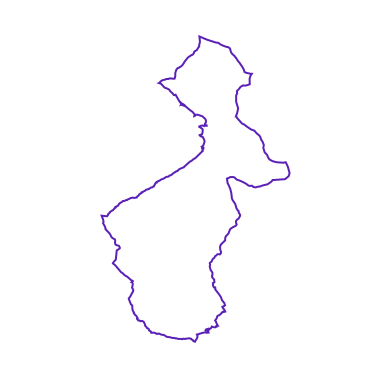 the district of Moisei, Maramures, Romania, rotated 241°
{"feature_id": "2599482B59377530755916", "entity_name": "Moisei", "entity_type": "district", "adm_level": 2, "iso_a3": "ROU", "parent_name": "Romania", "parent_adm1": "Maramures", "projection": "mercator", "projection_center": [24.564, 47.623], "detail": "fine", "context": "isolated", "style": "outline", "palette": "violet", "viewbox_px": 384, "rotation_deg": 241, "n_neighbors": 0, "source": "geoboundaries", "source_scale": "gbopen_adm2", "svg_char_len": 6002}
<svg xmlns="http://www.w3.org/2000/svg" viewBox="0 0 384 384"><g transform="rotate(241 192 192)"><path d="M266.4,301.6L267.2,300.3L269.9,297.3L271.5,296.1L273.5,296.6L276.3,296.7L282.1,296.2L284.3,295.7L288.4,295.5L289.4,295.1L290.2,295.2L293.2,294.1L295.6,293.9L299.0,294.8L300.2,294.4L301.6,293.5L301.9,292.8L304.2,290.7L307.4,288.3L309.7,287.4L311.0,285.5L317.8,279.1L324.4,273.9L319.4,271.7L316.8,269.3L315.7,268.8L315.5,267.9L313.8,265.1L313.7,262.5L313.5,261.8L312.5,260.9L311.8,259.2L312.0,257.8L311.7,254.3L311.4,253.1L309.8,249.2L307.7,245.4L307.1,242.9L307.3,242.0L307.0,240.9L307.3,239.3L306.6,238.0L306.6,237.6L304.1,235.0L301.5,233.6L299.6,231.8L299.9,231.0L302.2,227.6L302.3,226.1L303.4,224.0L303.3,223.0L303.9,221.3L304.1,219.9L303.9,217.9L303.3,216.6L303.3,215.9L301.7,217.4L296.7,218.6L293.9,220.9L292.5,221.7L290.6,221.8L287.9,222.8L285.6,223.1L285.0,224.2L285.0,224.8L277.0,224.9L275.6,225.4L274.9,225.1L274.6,225.3L275.2,225.7L274.5,225.9L273.7,224.8L273.6,226.1L273.4,226.7L273.0,226.8L272.9,226.0L272.5,226.5L272.4,227.2L271.3,227.7L271.0,227.7L271.2,226.9L270.0,227.9L264.9,229.8L261.8,231.3L258.6,232.0L257.3,230.8L257.2,231.7L257.7,232.5L257.1,234.0L256.3,235.0L253.1,237.8L249.5,239.0L248.6,239.0L246.8,238.4L245.9,237.6L245.4,236.4L244.7,235.9L243.8,236.1L243.2,237.1L242.8,236.9L243.7,235.6L243.7,234.7L245.0,233.6L245.7,231.5L245.8,230.2L245.6,229.9L242.4,231.6L241.5,231.7L238.8,230.0L237.6,228.7L237.5,228.1L238.0,227.1L238.1,226.2L237.9,226.1L236.1,226.9L234.8,228.1L232.1,228.0L230.3,227.6L229.7,227.2L227.0,224.2L227.1,223.6L226.7,222.8L226.8,222.4L226.5,222.4L226.3,222.9L225.8,222.4L225.6,223.0L225.0,223.4L224.3,222.9L224.3,222.2L223.5,221.7L223.8,221.6L223.7,221.3L222.6,220.7L220.0,211.3L220.0,209.2L219.5,206.7L219.6,205.0L217.9,197.5L217.5,196.7L217.7,196.3L218.1,192.5L218.0,191.1L217.4,189.6L217.8,188.3L217.5,187.6L217.6,185.7L216.9,181.8L217.3,180.2L216.9,179.3L217.1,178.1L217.5,177.5L217.7,176.1L217.5,174.9L217.5,173.3L217.9,171.2L217.6,169.1L218.0,168.0L217.8,167.5L217.9,166.2L217.3,165.7L217.7,165.0L217.4,164.7L217.2,163.9L216.3,162.9L215.9,161.7L215.3,161.2L215.5,160.5L215.4,159.4L215.8,158.3L215.5,156.0L215.9,155.4L215.7,154.7L216.3,152.8L215.9,152.0L216.0,149.3L215.7,148.5L216.1,148.1L216.2,147.7L215.6,147.0L215.7,145.8L215.4,145.4L215.5,144.7L214.7,143.4L214.8,142.7L214.4,141.2L214.0,141.0L214.8,138.6L215.9,137.4L216.0,136.6L216.2,136.3L216.5,135.0L216.4,133.5L216.7,132.1L216.4,131.2L216.9,130.4L216.9,129.2L217.3,127.6L217.6,127.2L217.2,125.5L217.3,124.4L217.1,123.8L217.2,122.9L215.9,120.7L216.0,119.4L215.7,118.3L216.1,117.8L215.7,117.0L215.3,117.0L214.7,114.6L214.4,114.2L214.5,112.3L214.1,110.1L213.5,109.5L213.5,108.6L213.3,108.0L212.3,106.9L212.0,105.8L215.1,101.5L210.4,100.8L208.6,100.0L207.8,99.1L204.0,99.1L202.3,98.8L201.6,98.3L196.0,99.7L194.5,99.9L191.6,99.7L189.9,100.3L188.0,101.6L186.8,101.3L185.2,100.2L183.3,99.6L182.4,100.0L180.3,102.0L178.3,101.9L177.8,101.6L177.5,100.3L177.5,98.3L177.3,97.8L169.8,92.6L168.6,89.1L167.9,88.2L165.3,89.3L156.2,91.1L154.6,92.0L151.9,92.7L149.3,94.3L144.8,95.9L142.8,97.0L142.4,95.5L142.1,95.8L140.7,95.8L139.7,95.2L137.3,93.2L134.9,93.2L133.5,92.2L133.0,91.1L130.5,87.3L129.6,85.1L129.2,84.9L123.3,84.1L122.6,84.5L121.4,84.6L118.7,83.2L117.0,82.7L114.6,82.8L114.1,82.7L114.1,82.4L111.7,82.7L110.9,83.2L107.9,83.3L107.8,83.1L108.1,82.7L107.8,82.4L105.6,82.8L105.1,83.8L104.0,84.2L103.7,85.3L103.3,85.9L102.0,86.8L99.1,86.7L97.8,86.2L96.0,86.7L94.8,86.7L93.4,87.7L91.5,87.4L90.0,88.4L88.6,88.1L88.2,89.1L87.1,91.0L84.7,92.6L84.8,93.3L84.5,93.6L84.1,94.6L82.0,96.1L80.6,98.1L77.6,99.7L75.5,102.5L73.6,104.4L73.3,105.2L72.1,106.6L71.7,106.9L71.6,107.4L69.8,109.2L68.8,111.3L68.0,112.0L67.9,113.3L66.8,114.6L66.8,115.2L65.3,118.9L64.2,119.7L64.0,120.1L63.4,120.1L61.9,121.0L60.9,120.9L59.6,122.1L60.4,122.9L60.9,124.4L62.4,126.4L63.7,127.1L65.0,127.2L64.9,127.7L64.5,128.1L64.3,130.5L64.0,131.0L63.9,132.5L63.3,133.9L63.0,135.4L61.8,136.5L61.0,138.3L62.5,138.8L64.5,136.9L64.9,137.4L64.5,138.4L64.8,138.5L64.5,140.1L63.4,140.1L63.8,141.0L63.6,141.8L63.6,142.3L64.7,144.1L63.7,144.8L62.4,146.7L62.3,148.0L62.9,148.0L63.0,148.8L62.5,149.8L64.2,149.7L67.2,150.1L68.4,149.9L68.9,150.9L69.3,152.0L71.0,153.8L71.3,155.0L71.0,156.2L71.4,158.2L71.8,158.8L71.7,159.2L72.2,160.1L72.3,161.0L72.2,161.5L71.7,161.5L71.3,163.1L73.6,163.2L75.8,162.7L76.9,162.9L76.7,164.4L76.8,165.9L79.2,166.4L82.9,165.8L85.8,166.3L89.2,166.1L95.5,165.1L96.5,165.8L97.3,166.0L98.0,164.9L100.2,165.1L102.2,166.1L102.0,166.8L102.4,168.1L103.3,168.2L104.5,168.9L107.5,168.3L109.2,169.0L109.5,169.7L111.7,170.8L114.9,170.5L118.3,171.4L119.4,172.5L121.1,173.0L121.5,173.7L121.6,175.3L123.3,177.6L123.5,178.5L123.4,179.2L124.7,181.2L124.7,182.4L125.2,183.8L124.8,185.1L123.9,186.1L124.5,187.7L125.4,188.3L127.4,188.6L129.8,189.6L130.8,190.2L132.1,191.9L133.6,197.5L136.0,199.0L136.9,200.3L138.0,203.7L140.9,207.2L141.2,208.3L141.4,210.8L141.2,213.8L141.9,215.3L144.1,215.7L145.2,216.4L146.0,218.0L146.2,220.0L147.9,222.6L149.0,223.0L151.5,222.9L152.7,223.5L154.4,223.0L156.2,223.0L160.5,224.0L165.3,223.6L167.1,223.8L171.8,225.8L175.8,226.9L180.1,227.4L182.4,227.4L186.8,229.1L186.5,230.5L186.5,232.7L185.0,235.5L183.7,236.4L181.2,237.1L178.7,239.4L175.1,242.0L172.8,243.4L170.2,244.5L169.5,245.3L168.3,247.6L166.6,248.2L165.2,249.8L164.5,252.8L163.7,254.6L163.8,255.2L163.5,256.8L162.1,261.9L162.5,265.9L163.0,267.6L163.4,268.2L158.1,279.6L159.0,284.2L161.2,286.5L167.6,288.1L172.6,288.4L173.3,286.1L176.9,280.6L179.9,277.4L183.0,275.5L185.2,275.3L188.0,275.7L191.6,274.8L196.1,275.8L198.0,277.4L198.8,277.7L201.6,278.1L203.9,277.9L207.6,278.4L209.4,278.1L210.8,277.4L212.9,276.8L215.4,276.3L218.2,273.9L223.4,271.3L225.5,270.5L227.7,268.9L235.0,267.3L236.5,267.4L236.8,267.0L239.2,269.8L242.8,272.9L249.6,274.4L254.6,277.2L255.3,277.7L256.3,279.3L258.5,280.2L259.4,283.2L260.4,285.3L260.5,288.4L259.7,289.2L258.8,291.4L258.2,294.7L263.3,297.4L265.3,299.5L266.4,301.6Z" fill="none" stroke="#5b21b6" stroke-width="2"/></g></svg>